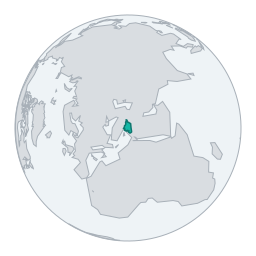 globe centered on Syria, rotated 295°
{"feature_id": "SYR", "entity_name": "Syria", "entity_type": "country or territory", "adm_level": 0, "iso_a3": "SYR", "parent_name": "Asia", "parent_adm1": "", "projection": "orthographic", "projection_center": [38.0, 34.807], "detail": "fine", "context": "on_globe", "style": "filled", "palette": "teal", "viewbox_px": 256, "rotation_deg": 295, "n_neighbors": 0, "source": "natural_earth", "source_scale": "50m", "svg_char_len": 11326}
<svg xmlns="http://www.w3.org/2000/svg" viewBox="0 0 256 256"><g transform="rotate(295 128 128)"><circle cx="128" cy="128" r="113" fill="#eef3f6" stroke="#a8b0b8"/><path d="M115.1,16.1L119.8,15.8L132.9,16.0L137.7,16.1L136.1,16.3L145.8,16.8L153.4,18.3L144.4,16.7L143.1,16.7L148.0,17.6L147.7,17.8L150.0,18.4L149.2,18.7L144.0,18.1L143.4,18.4L147.0,19.0L148.4,19.9L143.4,18.9L145.4,20.5L137.1,20.5L124.1,18.7L119.0,20.0L104.3,21.9L105.2,22.4L100.2,23.9L99.3,25.1L96.8,25.4L98.2,26.2L100.6,25.7L102.1,26.0L101.8,26.7L98.6,27.1L98.2,26.8L97.1,27.3L95.7,27.3L96.2,27.7L92.4,28.3L95.7,28.9L92.2,30.4L89.8,30.5L90.8,28.9L87.4,26.2L85.3,26.3L81.3,27.8L72.4,33.6L69.7,34.6L65.6,37.1L66.8,37.1L70.4,35.2L71.5,36.1L75.8,34.0L76.9,34.2L81.0,33.0L79.6,34.9L76.0,37.7L72.5,38.9L70.9,40.2L73.6,40.7L66.5,45.0L60.8,51.4L59.0,52.4L56.7,51.2L58.2,46.7L55.2,46.2L56.3,48.5L51.9,51.6L50.9,53.1L50.7,54.2L52.0,53.9L50.4,55.5L48.6,53.5L50.1,52.0L50.6,52.5L51.3,50.6L50.1,49.8L47.9,51.7L48.3,49.4L46.8,50.8L46.0,51.3L48.4,49.1L44.1,53.2L44.1,52.9L49.7,47.0L55.8,41.5L62.3,36.5L69.1,32.0L76.2,28.0L83.6,24.5L91.2,21.5L99.0,19.1L107.0,17.3L115.1,16.1ZM16.2,114.6L15.7,122.0L15.5,127.5L15.4,129.1L15.6,132.2L15.6,133.8L18.0,146.0L20.6,155.3L21.5,160.9L21.2,163.3L22.8,168.3L19.9,159.7L17.7,150.8L16.2,141.8L15.5,132.8L15.4,123.7L16.2,114.6ZM141.3,16.3L138.6,16.0L141.3,16.2L141.3,16.3ZM150.4,18.5L151.3,18.6L152.1,18.9L150.4,18.5ZM81.5,32.0L81.2,32.5L80.6,32.4L81.5,32.0ZM83.5,31.1L82.9,30.7L83.8,30.2L84.2,30.5L83.5,31.1ZM151.7,19.7L152.7,20.4L150.7,19.6L151.7,19.7ZM84.0,31.7L85.4,29.5L87.0,28.7L89.6,29.0L84.0,31.7ZM152.7,20.7L155.3,22.6L157.3,22.8L152.9,23.5L152.2,21.5L149.5,20.4L151.8,20.9L152.7,20.7ZM101.5,25.2L98.9,25.8L101.4,24.7L101.5,25.2ZM102.7,24.5L108.2,21.3L111.9,21.1L109.3,22.1L114.3,21.5L113.4,22.9L110.5,23.6L108.3,23.4L109.6,24.2L102.7,24.5ZM150.0,23.7L149.9,24.2L149.0,23.6L150.0,23.7ZM102.8,26.0L103.6,25.3L106.8,25.0L105.9,26.4L105.1,26.0L102.8,26.0ZM116.1,20.7L118.3,20.9L118.2,22.1L119.0,22.3L113.7,23.0L116.1,20.7ZM104.2,26.5L105.3,27.2L103.5,28.0L102.3,26.7L104.2,26.5ZM108.1,24.4L109.6,24.4L108.4,24.8L108.1,24.4ZM97.7,31.8L98.5,30.8L100.3,30.5L97.7,31.8ZM105.8,27.4L106.4,27.1L107.2,26.9L107.5,27.6L105.8,27.4ZM114.0,23.8L113.5,24.4L116.2,23.6L116.2,24.6L112.6,24.9L114.2,25.2L114.2,25.6L111.3,25.5L114.0,23.8ZM110.2,27.8L105.7,28.8L103.7,30.7L102.1,30.9L105.6,27.8L110.2,27.8ZM111.1,26.4L110.2,27.3L108.6,27.0L108.3,26.3L111.1,26.4ZM117.5,25.3L118.4,23.6L119.1,23.6L117.5,25.3ZM110.0,28.3L111.1,28.1L110.0,28.5L110.0,28.3ZM115.5,26.2L115.7,25.6L116.6,25.6L115.5,26.2ZM113.1,28.2L111.6,28.5L111.3,28.0L113.1,28.2ZM114.4,27.3L115.6,27.5L112.1,27.6L114.4,27.0L114.4,27.3ZM116.3,26.3L116.9,26.2L116.1,26.6L116.3,26.3ZM115.0,30.3L110.7,30.5L110.1,29.2L114.3,29.1L115.0,30.3ZM42.7,158.2L38.1,139.6L41.2,135.0L42.4,127.8L64.6,111.5L68.6,114.9L85.3,116.8L87.2,118.3L84.5,123.9L96.5,133.9L101.2,129.6L112.7,135.0L120.9,135.4L125.1,124.4L111.8,123.5L110.2,117.8L121.5,113.7L133.2,114.7L133.0,112.6L126.2,107.6L129.5,103.7L123.9,105.5L125.7,107.8L122.2,109.2L120.3,107.2L121.6,105.8L118.2,104.7L113.1,112.0L114.4,115.1L105.2,115.5L106.5,120.9L103.8,123.0L100.6,114.8L101.4,112.0L95.0,102.5L93.3,105.4L99.2,114.7L97.1,113.6L94.9,118.1L94.9,113.9L88.8,103.5L80.9,103.4L69.8,112.2L65.4,111.5L62.2,107.7L67.4,96.7L76.6,99.5L78.6,96.1L77.7,89.8L80.5,91.3L81.3,89.2L84.9,90.1L90.9,86.3L94.6,86.8L97.9,80.7L100.3,80.3L97.7,83.9L97.9,86.8L107.4,88.3L109.5,87.2L110.9,83.3L113.3,84.4L113.4,80.4L119.3,79.6L112.2,77.5L113.6,73.3L117.7,70.5L116.8,68.9L110.2,73.4L108.7,75.7L109.5,78.1L104.3,84.4L100.9,85.0L101.5,77.3L96.6,77.4L99.2,71.7L115.5,62.2L121.8,60.9L130.3,67.2L128.3,69.7L124.2,68.5L127.1,73.3L127.3,71.1L129.3,72.2L131.2,68.8L132.7,69.4L131.9,65.3L134.0,65.7L134.5,68.3L139.0,64.1L143.6,64.2L143.9,62.9L142.9,61.6L149.3,62.9L149.3,61.9L147.1,61.1L145.6,58.9L145.4,55.5L147.6,56.1L148.0,57.4L152.2,61.2L152.8,64.9L153.7,64.8L153.7,61.8L148.6,57.1L147.9,54.9L150.6,56.8L149.5,55.9L149.9,55.0L152.3,54.8L149.4,52.6L150.0,43.1L154.7,42.1L157.1,44.6L159.9,39.6L165.0,39.5L163.0,38.6L163.0,36.1L161.4,36.1L160.4,35.5L159.6,29.8L161.2,29.1L158.6,26.3L157.6,26.0L156.3,26.3L152.9,23.5L157.3,22.8L159.4,23.5L160.8,22.8L165.4,24.8L169.8,26.3L174.0,29.3L177.1,30.4L177.3,30.1L181.7,31.6L190.1,36.6L182.5,34.1L169.8,28.3L174.9,30.7L173.5,30.7L175.2,32.0L178.9,33.8L179.5,33.6L184.2,40.6L192.5,47.9L192.5,45.2L195.1,45.8L204.6,53.2L214.6,69.3L218.2,71.3L220.2,73.8L220.9,77.2L218.1,73.5L216.5,73.8L214.8,71.4L215.0,76.0L212.6,72.8L214.0,78.2L216.3,79.8L217.0,76.8L219.3,83.2L223.3,85.2L226.6,90.5L229.5,104.6L228.2,112.0L228.7,114.0L226.7,113.7L226.2,119.5L231.8,126.5L232.4,129.6L230.6,138.8L230.2,136.7L224.8,135.8L225.4,143.7L229.6,146.2L231.1,151.8L228.6,152.3L226.9,147.5L225.0,147.0L224.3,140.4L220.5,132.6L217.9,136.8L217.0,133.0L211.4,127.5L207.1,133.4L200.9,148.4L201.9,158.5L199.0,164.3L190.9,152.8L187.6,143.6L184.5,145.7L176.3,139.4L161.7,142.5L159.8,140.1L157.0,141.9L151.3,140.0L148.4,135.9L144.9,136.6L152.5,147.4L156.4,146.6L159.8,141.5L161.2,145.5L166.7,148.1L159.9,159.2L138.5,170.2L136.7,162.7L122.2,141.1L122.8,138.6L122.7,138.3L122.6,137.8L120.9,141.9L118.5,137.5L125.9,153.0L127.0,159.4L138.2,170.7L137.1,171.9L140.8,174.0L153.0,170.0L153.0,172.5L147.0,184.4L130.4,199.6L132.8,208.4L131.9,215.4L122.1,219.7L123.4,224.4L118.4,225.8L118.4,228.2L114.7,230.3L108.2,231.8L96.7,230.0L95.6,228.0L89.2,222.9L80.1,209.7L82.6,204.6L81.3,199.5L73.1,185.9L74.8,179.6L72.7,176.1L68.3,175.4L65.9,171.1L63.3,170.1L47.2,165.5L42.7,158.2ZM56.2,122.0L55.4,124.1L56.2,122.0ZM145.3,121.6L152.6,121.3L149.9,114.5L152.5,113.9L150.6,111.9L149.7,114.0L145.2,108.4L148.6,106.0L148.0,103.0L145.5,103.0L140.1,108.3L146.4,116.2L144.5,119.2L145.3,121.6ZM52.0,51.7L52.1,51.9L51.6,53.3L51.1,53.1L52.0,51.7ZM53.4,57.4L50.7,59.9L52.3,57.8L51.2,57.9L53.1,53.8L58.2,52.8L55.6,53.9L53.4,57.4ZM57.2,48.5L55.3,50.9L57.1,48.3L57.2,48.5ZM82.0,77.8L82.9,79.6L81.0,81.7L76.3,81.9L78.9,78.8L82.0,77.8ZM84.6,81.7L86.5,74.4L89.5,74.3L87.5,75.6L89.3,76.2L86.5,78.5L87.6,85.8L86.0,88.1L78.1,86.7L81.5,85.8L80.5,84.0L84.6,81.7ZM85.9,58.6L86.8,56.1L92.3,58.8L90.9,60.9L86.0,61.0L84.9,58.7L85.9,58.6ZM88.3,32.9L88.3,32.2L89.2,32.0L89.9,32.4L88.3,32.9ZM97.9,31.4L89.3,35.6L88.9,35.1L84.4,38.6L81.4,38.6L84.4,36.2L78.8,39.0L80.3,36.8L76.6,39.0L83.6,33.7L84.7,32.1L84.6,33.9L87.3,33.9L88.8,33.5L93.9,31.1L97.7,28.0L101.0,27.8L102.3,28.5L101.9,29.2L99.9,29.0L100.8,30.1L97.6,30.5L97.9,31.4ZM115.8,40.5L113.6,39.4L114.9,42.8L111.7,42.7L112.0,43.1L109.4,44.0L106.9,45.9L105.5,45.5L105.1,46.4L103.4,47.2L102.3,48.3L99.5,48.2L98.1,49.7L97.6,48.8L95.8,51.5L95.9,49.5L93.6,50.4L94.7,51.8L82.3,49.5L77.0,50.5L72.5,52.6L73.3,49.3L78.0,45.3L84.4,41.9L89.4,41.6L88.8,40.3L91.0,39.8L90.5,41.0L92.6,38.9L94.3,38.8L100.0,36.6L102.0,33.8L104.1,33.1L104.2,34.2L106.3,32.7L107.9,34.3L109.4,33.8L112.6,35.1L111.8,37.7L113.6,37.0L116.1,38.2L115.8,40.5ZM115.8,30.7L115.6,33.5L113.8,34.9L109.1,32.1L107.4,32.3L104.4,30.8L107.1,28.9L107.7,29.5L109.0,29.6L107.6,30.1L109.6,29.8L110.6,30.6L112.4,30.6L111.8,31.5L115.8,30.7ZM90.0,116.6L91.5,117.2L94.2,117.4L92.8,120.4L90.0,116.6ZM85.7,109.5L87.2,109.5L86.6,113.4L84.9,112.9L85.7,109.5ZM88.6,106.2L87.3,109.2L87.0,107.2L88.6,106.2ZM99.1,83.7L100.8,83.5L100.8,84.5L99.6,85.8L99.1,83.7ZM118.8,51.7L117.9,50.6L118.5,50.2L118.6,47.3L121.0,47.3L121.9,49.0L118.8,51.7ZM122.5,126.2L119.9,128.3L118.8,127.2L119.9,126.7L122.5,126.2ZM105.4,124.6L109.1,126.5L105.0,125.4L105.4,124.6ZM121.5,51.2L121.2,50.0L122.6,50.8L121.5,51.2ZM122.8,47.2L124.4,47.8L121.3,46.9L122.8,47.2ZM166.3,233.9L166.9,233.7L165.2,234.3L166.3,233.9ZM151.5,212.9L144.1,224.6L138.7,225.0L137.6,222.1L140.1,215.2L146.4,212.6L149.4,209.0L151.5,212.9ZM237.7,153.3L238.1,152.0L238.0,152.5L237.7,153.3ZM237.4,153.6L238.0,151.8L237.1,154.9L237.4,153.6ZM238.7,148.8L238.2,151.1L238.8,148.2L238.7,148.8ZM236.9,155.0L233.1,162.0L231.2,163.6L231.9,161.4L234.9,157.3L236.9,155.0ZM231.8,161.6L228.6,161.3L222.3,153.8L224.6,152.1L230.8,154.1L230.4,155.9L232.4,156.9L231.8,161.6ZM238.4,143.1L238.0,147.6L236.1,151.2L235.1,152.3L234.5,148.3L234.9,145.0L235.8,143.6L237.8,128.9L238.8,129.1L238.5,134.7L239.2,136.6L238.4,143.1ZM202.5,159.2L205.2,163.8L203.5,165.6L202.5,159.2ZM237.6,120.2L237.5,126.5L237.2,119.1L237.6,120.2ZM236.8,113.9L237.3,115.8L236.6,114.8L236.8,113.9ZM229.7,116.9L228.8,118.8L228.2,117.5L229.1,114.1L229.7,116.9ZM229.2,95.1L231.1,99.2L231.6,100.9L230.3,99.1L229.2,95.1ZM141.5,51.4L138.7,55.3L138.2,58.4L140.4,60.7L136.1,59.3L136.8,54.4L141.5,51.4ZM148.7,44.0L146.7,42.3L148.3,42.1L149.0,42.5L148.7,44.0ZM147.0,43.6L143.1,43.3L142.5,41.8L145.7,42.3L147.0,43.6ZM132.3,46.8L131.3,47.9L130.2,47.2L132.3,46.8ZM239.6,136.4L239.8,138.2L240.3,134.2L239.9,138.3L239.9,140.9L239.6,143.1L239.7,140.1L239.1,145.3L238.9,146.3L239.0,142.8L239.5,136.9L239.7,133.8L240.5,128.8L239.6,136.4ZM240.6,128.5L240.6,127.0L240.6,124.6L240.6,125.4L240.6,125.9L240.6,128.5ZM240.0,121.9L239.3,120.3L239.1,123.2L238.9,115.2L239.7,118.1L240.0,121.9ZM238.6,115.9L238.5,118.6L238.2,114.3L238.6,115.9ZM238.2,117.8L237.6,115.6L237.9,114.8L238.2,117.8ZM238.7,115.3L237.8,111.0L238.5,112.7L238.7,115.3ZM236.0,110.9L237.7,112.2L236.5,113.9L234.0,106.4L234.3,104.8L236.0,110.9ZM222.4,73.3L221.0,71.6L220.6,69.9L221.7,71.5L222.4,73.3ZM218.0,63.6L220.0,69.0L221.4,73.7L222.1,73.7L224.4,77.7L222.1,75.9L219.5,70.2L218.8,67.3L216.6,64.2L214.7,60.8L211.7,57.8L210.2,55.7L212.8,57.6L218.0,63.6ZM210.4,56.7L204.5,51.1L204.8,49.6L206.2,50.5L208.8,53.6L208.5,54.2L210.4,56.7ZM203.2,49.4L202.8,50.0L193.4,44.8L191.5,43.4L198.8,46.1L198.9,46.9L201.1,48.6L203.2,49.4ZM151.1,24.4L150.0,24.2L150.8,24.0L151.1,24.4ZM159.5,35.6L158.4,34.8L159.3,34.5L159.5,35.6ZM155.7,32.6L155.4,33.5L154.7,32.2L155.7,32.6ZM155.0,35.7L154.8,33.7L156.3,36.0L155.0,35.7Z" fill="#d9dde1" stroke="#a8b0b8" stroke-width="1"/><path d="M124.6,125.8L124.8,125.8L125.0,126.0L125.1,125.8L125.2,125.7L125.4,125.6L125.4,125.3L125.5,125.2L125.8,125.2L125.7,124.7L125.8,124.3L125.8,124.1L126.1,124.1L126.3,124.2L126.4,124.3L126.5,124.4L126.9,124.4L127.1,124.4L127.6,124.2L127.9,124.1L128.3,123.9L128.5,123.9L128.7,124.0L128.9,124.1L129.1,124.2L129.2,124.3L129.4,124.3L129.7,124.3L130.1,124.3L130.4,124.3L130.7,124.2L131.2,124.0L131.8,123.6L132.2,123.4L132.4,123.4L132.6,123.4L132.9,123.4L133.1,123.5L133.5,123.4L133.9,123.3L134.1,123.3L134.4,123.2L134.5,123.0L134.8,123.3L134.7,123.6L134.4,123.9L134.3,124.1L134.0,124.4L133.8,124.4L133.4,124.6L133.2,124.8L133.2,125.0L133.2,125.4L133.3,125.7L133.3,125.9L133.4,126.1L133.4,126.3L133.3,126.5L133.2,126.7L133.2,127.0L133.1,127.5L133.2,127.9L133.2,128.0L133.0,128.3L132.8,128.7L132.8,128.8L132.4,128.9L131.9,129.2L131.5,129.5L131.0,129.7L130.6,130.0L130.1,130.3L129.7,130.5L129.3,130.8L128.8,131.1L128.4,131.4L128.1,131.6L127.6,131.9L127.3,132.1L126.9,132.4L126.5,132.6L126.0,132.9L125.5,132.8L125.3,132.7L125.2,132.6L124.8,132.4L124.6,132.2L124.3,132.0L124.4,131.9L124.5,131.6L124.5,131.3L124.4,131.3L124.4,131.2L124.4,130.9L124.5,130.7L124.8,130.4L124.7,130.3L124.6,130.2L124.8,130.0L124.9,129.9L125.0,129.9L125.3,129.9L125.2,129.8L125.2,129.7L125.3,129.5L125.5,129.5L125.6,129.3L125.7,129.1L125.6,128.7L125.4,128.6L125.5,128.4L125.4,128.3L125.2,128.2L125.2,128.3L124.7,128.3L124.6,127.9L124.6,127.7L124.7,127.1L124.7,126.9L124.4,126.5L124.6,125.9L124.6,125.8Z" fill="#14b8a6" stroke="#0f766e" stroke-width="1.5"/></g></svg>